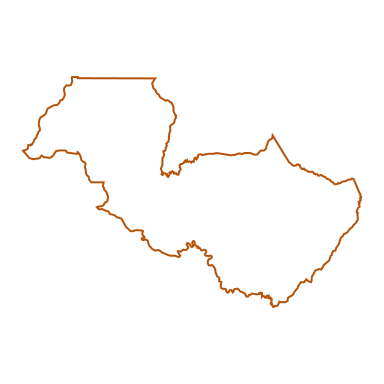 São Francisco do Guaporé, Rondônia, Brazil (Robinson projection)
{"feature_id": "56859067B18532063940757", "entity_name": "São Francisco do Guaporé", "entity_type": "district", "adm_level": 2, "iso_a3": "BRA", "parent_name": "Brazil", "parent_adm1": "Rondônia", "projection": "robinson", "projection_center": [-63.11, -12.38], "detail": "fine", "context": "isolated", "style": "outline", "palette": "amber", "viewbox_px": 384, "rotation_deg": 0, "n_neighbors": 0, "source": "geoboundaries", "source_scale": "gbopen_adm2", "svg_char_len": 6032}
<svg xmlns="http://www.w3.org/2000/svg" viewBox="0 0 384 384"><path d="M289.2,162.5L272.6,135.4L272.2,138.3L271.0,139.3L269.8,139.6L267.8,142.0L267.5,143.8L266.6,145.8L265.9,148.8L263.9,150.5L261.2,150.6L260.1,151.1L257.3,154.5L254.6,154.7L249.7,152.9L244.1,153.1L242.6,153.9L238.7,153.5L234.5,155.0L233.6,154.8L231.6,155.4L217.1,153.1L212.7,153.8L208.4,153.8L202.2,155.1L201.1,154.3L199.2,154.4L198.4,154.8L197.8,156.0L198.0,156.7L197.6,157.6L196.5,159.2L196.2,158.6L196.6,157.9L195.3,157.6L194.6,158.0L194.6,159.2L194.0,160.1L193.7,161.7L193.0,161.2L192.3,161.4L191.4,162.6L190.6,161.7L189.6,161.3L188.8,161.9L187.9,161.7L187.3,161.3L187.1,160.5L186.3,161.6L185.7,160.3L184.9,160.7L184.5,161.5L184.5,162.4L183.6,162.7L182.7,163.7L180.6,164.1L179.6,165.1L179.6,165.9L180.0,166.7L179.7,167.3L180.5,168.4L180.6,169.7L179.0,171.7L179.2,172.5L178.8,173.0L178.5,174.7L177.3,174.7L176.4,173.4L175.6,173.7L174.8,172.9L174.0,173.4L173.8,172.2L172.2,171.2L171.7,171.5L171.1,173.0L169.9,172.3L169.4,172.9L169.6,174.5L168.1,177.0L167.6,176.7L167.1,175.6L167.0,174.6L166.5,175.0L165.6,173.5L164.5,173.1L163.7,173.3L162.6,175.0L161.9,174.7L161.5,174.2L162.4,172.3L162.3,171.7L161.8,171.3L160.9,168.6L162.4,165.1L162.4,158.0L163.4,157.2L164.2,154.5L163.5,152.5L163.4,151.2L165.0,150.8L165.5,149.9L165.8,148.0L166.9,145.6L166.2,143.8L168.5,141.4L168.5,140.5L169.1,138.8L168.8,136.7L169.2,136.1L169.1,134.2L170.4,130.2L170.1,126.3L170.4,125.7L173.5,123.3L174.3,122.2L174.9,119.3L175.8,118.2L176.0,116.9L175.5,115.8L176.0,115.4L174.4,113.3L173.4,110.3L173.5,106.9L172.9,105.3L172.0,104.0L172.0,103.1L170.3,102.2L168.6,100.6L167.2,100.2L165.8,100.7L160.2,97.4L158.5,94.3L157.0,93.5L155.7,91.2L155.9,90.6L153.4,88.1L152.1,83.3L155.2,78.4L77.8,78.2L77.8,77.0L72.2,77.0L71.8,78.0L72.3,81.2L70.9,85.0L69.3,85.6L66.5,85.3L64.3,88.0L63.9,89.8L64.9,94.6L63.8,97.6L62.1,100.0L60.4,100.3L59.4,102.8L57.1,105.0L53.4,105.4L47.9,108.5L46.8,110.2L46.6,111.8L45.3,114.4L40.4,117.6L39.3,120.1L38.7,124.8L39.6,127.4L39.9,129.5L39.6,130.8L38.5,131.8L36.4,137.1L35.6,138.4L34.5,139.1L34.1,140.9L31.9,144.6L30.7,145.3L30.5,144.8L30.0,145.3L28.3,145.0L27.7,148.8L24.9,150.4L24.2,150.2L23.0,150.8L29.3,158.0L33.1,159.2L39.6,158.2L41.5,155.6L44.5,157.3L50.3,157.8L53.1,155.6L56.2,151.0L60.6,150.4L65.0,150.5L66.2,150.9L66.9,152.5L75.8,153.8L77.6,153.6L77.6,152.2L78.2,152.5L80.2,155.4L81.5,160.2L83.0,161.7L84.8,162.4L85.3,163.2L85.5,164.5L84.9,167.0L85.5,169.2L86.1,173.4L86.9,175.3L88.6,176.6L88.9,178.8L89.9,180.8L91.5,182.3L103.6,182.3L103.0,185.8L103.2,187.0L104.0,188.0L104.3,189.9L106.3,191.8L108.1,196.8L107.3,201.3L104.7,202.8L104.0,204.5L103.0,205.6L101.1,206.3L98.5,206.5L96.9,207.2L98.5,209.0L99.3,209.4L102.2,209.1L106.4,211.0L108.1,211.3L108.7,211.8L109.8,213.9L114.4,215.2L116.8,217.2L119.8,218.0L121.6,218.9L125.9,226.7L130.6,231.2L132.0,231.3L136.3,230.1L141.6,230.5L143.0,231.1L142.3,233.2L142.4,234.2L142.6,235.1L144.3,236.8L144.5,237.5L141.9,238.2L141.8,239.1L142.3,239.8L143.2,240.1L145.3,239.5L147.3,240.3L147.8,241.0L149.1,245.5L152.1,248.9L153.4,249.7L155.1,250.6L158.5,250.0L160.5,251.1L161.8,252.4L168.6,255.3L171.7,255.8L174.6,255.6L178.9,257.2L180.3,255.7L178.8,253.9L178.6,252.7L177.9,252.0L178.0,251.1L180.7,251.7L183.1,249.7L185.6,250.0L186.7,249.7L188.0,248.1L188.0,246.7L186.7,244.7L186.8,243.7L187.3,243.1L189.3,243.7L191.0,246.6L191.9,247.0L193.1,246.4L193.2,245.6L192.2,243.4L192.3,242.4L193.0,241.2L193.8,241.0L194.7,242.2L194.8,244.5L195.2,245.3L197.7,246.5L197.3,247.7L198.2,248.2L199.3,247.7L199.8,248.0L201.1,250.2L202.1,250.5L204.0,249.7L205.8,250.3L206.2,251.2L206.1,252.3L204.9,254.2L205.3,255.5L208.6,256.1L210.6,255.5L211.8,256.5L211.8,257.4L211.1,258.3L208.8,259.2L208.4,259.8L207.8,261.4L207.9,263.4L208.7,265.2L210.3,265.6L211.7,265.0L212.5,265.3L214.3,267.5L215.3,269.6L215.6,272.8L216.4,273.9L216.6,275.4L217.0,276.2L218.9,277.5L219.4,278.4L219.1,281.2L221.4,282.2L220.6,286.4L221.3,288.0L222.9,288.9L224.6,288.8L226.1,289.4L226.3,291.4L227.4,292.7L228.4,292.5L229.8,290.1L230.8,290.0L232.0,290.7L232.7,292.4L233.5,291.6L233.8,290.0L234.5,289.2L237.5,288.7L238.6,289.4L240.4,291.6L242.1,291.9L243.2,292.9L244.9,293.4L245.5,294.2L245.6,295.4L246.6,296.6L247.9,296.7L249.0,294.9L250.5,294.8L252.0,293.5L256.6,294.4L260.3,293.7L259.7,292.9L260.8,292.6L262.0,293.0L262.0,296.4L262.3,295.9L264.1,296.2L264.7,297.4L265.9,297.7L266.0,296.5L266.8,296.3L267.3,295.5L268.7,295.5L268.3,298.1L269.2,298.3L269.0,297.6L270.0,297.3L271.1,298.3L271.9,299.4L271.3,300.1L271.6,301.1L270.7,303.6L271.3,304.5L272.0,304.0L272.8,306.7L273.8,307.0L274.0,306.3L275.2,305.8L276.1,306.1L277.7,305.5L279.4,301.6L281.3,302.3L282.4,302.0L284.7,302.4L287.6,301.0L287.8,298.7L288.4,297.4L292.5,295.2L293.5,293.8L294.2,292.1L297.6,288.1L298.3,285.7L300.7,282.8L300.7,282.2L304.0,282.3L305.2,280.6L306.1,280.3L306.3,279.4L308.8,281.5L311.1,282.1L311.6,280.6L311.9,276.5L313.3,274.5L315.2,270.7L317.7,269.5L319.8,269.1L320.9,269.6L321.5,269.4L323.8,265.0L329.1,260.6L330.6,256.0L331.8,254.8L332.0,253.3L333.4,250.9L335.3,250.6L335.9,249.3L336.1,248.0L338.2,245.2L339.4,242.7L339.8,240.7L340.9,237.8L342.6,236.4L343.9,234.1L347.1,232.6L349.8,229.0L352.2,227.2L353.7,224.9L355.6,223.3L357.6,220.1L357.9,218.7L357.4,214.7L357.8,213.1L357.2,213.0L356.6,211.5L358.0,208.0L359.6,206.8L359.0,203.7L359.6,203.1L358.9,202.7L358.6,201.8L360.7,200.6L360.5,198.9L360.8,198.1L360.2,198.2L361.0,196.3L360.3,195.7L360.3,194.0L359.7,193.5L353.6,179.0L351.9,178.5L350.8,179.5L348.9,179.5L344.9,181.4L344.0,181.3L341.8,181.8L340.3,183.2L339.4,183.4L338.5,183.0L337.2,184.0L334.6,184.2L332.3,181.9L331.3,181.7L330.6,181.1L330.2,180.0L326.5,178.6L325.2,177.1L322.4,176.0L322.0,175.4L320.9,174.9L319.4,175.7L317.9,175.5L317.8,174.8L317.1,174.3L316.1,174.0L315.5,174.4L315.0,173.8L314.1,173.7L313.4,172.4L312.0,171.7L308.6,171.9L307.5,170.9L304.8,169.8L304.1,168.6L303.3,168.6L302.7,169.2L301.1,168.3L300.0,166.3L299.8,165.1L298.4,164.9L298.1,164.4L296.9,164.5L295.8,165.5L293.8,165.8L292.1,164.9L290.6,163.2L289.2,162.5Z" fill="none" stroke="#b45309" stroke-width="2"/></svg>